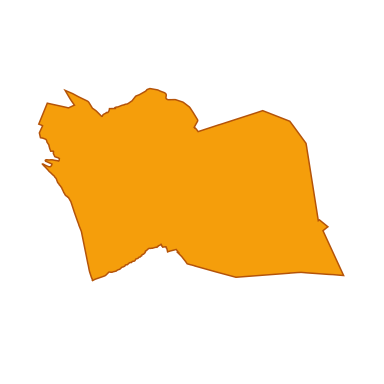 the district of Laarbeek, Noord-Brabant, Netherlands, rotated 186°
{"feature_id": "6326949B42737315583657", "entity_name": "Laarbeek", "entity_type": "district", "adm_level": 2, "iso_a3": "NLD", "parent_name": "Netherlands", "parent_adm1": "Noord-Brabant", "projection": "robinson", "projection_center": [5.634, 51.532], "detail": "fine", "context": "isolated", "style": "filled", "palette": "amber", "viewbox_px": 384, "rotation_deg": 186, "n_neighbors": 0, "source": "geoboundaries", "source_scale": "gbopen_adm2", "svg_char_len": 5825}
<svg xmlns="http://www.w3.org/2000/svg" viewBox="0 0 384 384"><g transform="rotate(186 192 192)"><path d="M345.2,265.2L351.5,243.5L349.2,242.9L347.8,242.4L347.5,242.2L349.2,237.2L350.0,234.8L349.5,233.4L349.3,232.8L348.5,230.5L348.4,230.2L348.1,230.1L346.2,230.0L344.2,229.5L343.3,229.2L343.0,229.1L342.6,228.9L342.3,228.6L342.0,227.9L341.8,227.6L341.4,226.4L340.8,225.7L339.5,224.1L339.3,223.8L339.1,223.4L339.0,222.7L338.7,222.2L338.1,220.4L337.3,218.9L336.8,217.8L334.5,218.1L334.3,218.1L334.2,218.0L334.1,217.9L333.9,217.6L334.0,216.9L333.9,215.7L332.9,214.1L332.2,212.9L331.9,212.7L328.3,211.9L327.9,211.6L327.6,211.3L327.4,211.3L327.4,209.8L327.5,209.7L327.6,209.1L327.9,208.8L328.2,208.9L328.8,209.0L329.2,209.1L330.6,209.1L330.9,209.2L331.4,209.1L333.8,209.4L335.7,209.3L336.2,209.2L336.6,209.1L337.1,209.0L337.9,208.9L340.1,208.9L340.7,208.7L341.2,208.2L341.2,207.9L340.8,207.3L334.2,205.2L334.3,204.7L334.4,203.7L334.6,203.4L335.4,202.5L335.6,202.3L336.5,202.2L337.2,202.2L337.6,202.3L339.2,202.8L340.7,203.3L342.8,204.2L343.4,204.3L343.7,204.1L343.3,203.7L343.1,203.5L343.0,203.4L342.6,203.2L342.4,203.0L342.2,202.7L341.5,202.2L339.1,200.2L338.2,199.4L337.3,198.6L336.2,197.5L335.3,196.9L334.4,196.2L333.8,195.8L333.7,195.8L333.4,195.4L333.1,195.2L332.3,194.6L332.0,194.3L331.4,194.0L330.8,193.5L330.5,193.2L329.9,192.4L329.7,192.2L329.2,191.8L328.8,191.5L328.4,191.0L328.1,190.4L327.6,189.4L326.6,187.4L326.5,187.2L325.9,186.8L325.4,186.3L325.2,186.1L324.8,185.3L324.6,185.2L323.7,184.5L323.5,184.3L323.4,184.1L323.3,183.8L323.1,183.6L322.5,183.1L322.2,182.9L321.7,181.8L321.4,181.3L321.0,180.8L320.8,180.4L320.3,179.6L319.7,178.5L319.5,178.1L319.3,178.0L319.1,177.6L318.6,177.1L318.4,176.8L318.2,176.5L318.1,176.1L317.1,175.2L316.8,175.0L316.4,174.8L315.6,174.5L315.5,174.2L315.3,174.0L314.7,173.8L314.4,173.7L314.1,173.3L313.1,172.0L312.3,170.8L312.0,170.4L311.7,170.2L309.9,166.3L307.8,161.6L307.1,160.0L303.4,152.2L302.6,150.5L301.6,148.6L301.0,147.1L298.2,141.8L297.8,140.9L293.6,127.5L290.9,118.9L288.2,110.2L287.5,108.2L286.8,105.9L286.4,104.5L285.5,101.9L284.7,100.1L282.8,95.9L282.4,95.6L282.0,94.5L282.0,94.4L282.0,93.9L281.6,93.5L279.7,94.8L278.8,95.3L270.9,99.0L269.8,99.6L269.4,99.9L268.7,100.6L266.2,103.7L265.4,103.8L264.5,103.7L263.5,103.8L263.1,103.9L262.5,104.1L262.3,104.2L261.7,104.6L260.8,104.8L260.4,105.0L259.8,105.2L259.5,105.3L259.0,105.5L258.8,105.8L258.2,106.4L257.6,106.8L255.8,107.6L254.9,108.6L254.0,109.7L253.8,109.9L252.6,110.3L252.1,110.7L251.4,111.0L251.1,111.3L250.9,111.6L250.7,112.2L250.6,112.4L250.4,112.5L250.1,112.7L248.8,112.9L248.6,113.0L247.8,114.0L247.2,114.6L246.8,115.1L245.6,115.5L244.9,115.5L244.6,115.8L244.4,116.4L244.3,116.5L243.6,116.9L242.5,117.1L242.1,117.3L241.7,117.6L241.5,117.9L241.1,118.8L240.8,119.5L240.1,119.8L239.3,120.1L239.0,120.2L238.3,121.0L238.2,121.2L238.0,121.5L237.9,121.6L237.0,121.9L236.7,122.0L236.2,122.8L236.0,123.0L235.6,123.1L235.4,123.2L235.3,123.4L235.3,123.5L235.2,124.2L235.1,124.4L235.0,124.5L234.9,124.6L233.9,125.0L233.7,125.1L233.3,125.6L233.1,125.8L232.8,126.3L232.5,126.5L232.4,126.6L232.3,127.0L232.2,127.2L232.2,127.3L232.0,127.7L232.0,127.9L232.2,128.1L232.2,128.3L231.6,128.8L231.0,129.1L230.4,130.0L229.1,131.3L228.7,131.5L227.8,131.5L226.8,131.7L226.3,131.9L225.8,131.9L225.6,131.9L224.6,132.3L223.9,132.6L222.7,133.1L221.8,133.3L221.1,133.3L220.9,133.5L220.9,133.8L220.5,134.0L220.1,134.3L219.9,134.6L219.9,135.0L219.7,135.1L218.3,135.7L218.2,135.9L217.8,136.3L217.7,136.4L217.5,136.7L217.4,136.8L217.2,136.8L216.2,134.9L215.9,134.9L215.5,134.3L215.4,134.1L212.9,134.7L212.2,134.8L211.9,134.0L211.7,134.1L211.0,132.8L210.7,132.0L210.0,129.9L207.9,130.9L203.0,132.7L201.7,133.2L200.3,131.7L199.0,130.4L199.9,130.3L195.2,126.5L195.0,126.2L191.3,122.4L189.3,120.1L185.8,119.5L184.8,119.4L181.3,118.8L181.3,118.7L158.9,114.9L139.4,111.8L86.8,121.4L86.8,121.5L85.0,121.8L78.9,122.9L75.0,123.5L69.1,123.6L57.4,124.0L47.9,124.3L42.7,124.6L36.3,124.7L32.5,124.8L41.9,140.6L53.2,159.6L57.7,167.2L54.5,170.4L53.2,171.6L62.4,177.6L63.4,176.7L80.0,238.7L82.2,246.8L82.5,248.1L83.7,252.3L98.0,268.1L102.2,272.6L130.2,280.3L136.8,277.3L171.5,261.9L171.9,261.8L190.2,253.6L192.2,252.7L193.5,254.1L194.1,254.8L194.4,255.0L194.9,255.5L195.5,256.0L195.9,255.9L195.9,256.0L196.6,256.5L193.9,262.9L193.8,263.4L193.8,263.8L193.9,264.0L194.1,264.6L194.3,264.8L198.8,270.7L202.6,275.4L203.0,275.8L203.5,276.3L209.4,279.9L209.8,280.1L210.3,280.4L210.7,280.5L211.1,280.6L217.5,282.0L218.0,282.1L218.7,282.1L225.1,281.3L225.5,281.3L226.2,281.5L226.7,281.7L227.1,281.9L227.4,282.2L227.6,282.6L227.8,283.1L227.8,283.6L227.7,285.1L227.7,285.5L227.8,286.0L228.0,286.5L228.2,286.8L228.6,287.2L228.9,287.4L229.2,287.6L230.1,288.0L232.9,288.7L234.0,289.0L235.2,289.4L236.6,289.9L236.8,289.9L237.4,290.0L244.7,290.5L244.9,290.4L247.2,289.3L247.5,289.1L248.1,288.1L248.7,287.5L249.0,287.2L249.7,286.7L253.9,283.7L254.3,283.4L256.4,282.3L257.2,281.9L257.7,281.6L257.9,281.5L258.1,281.3L260.6,277.3L261.1,276.4L261.3,276.3L264.2,273.8L265.4,272.9L265.6,272.8L266.2,272.6L267.4,272.3L267.6,272.3L268.6,271.6L268.8,271.5L269.1,271.5L270.9,270.8L273.9,269.2L275.0,268.7L275.5,268.7L276.2,268.5L276.9,268.2L277.3,268.0L277.5,267.8L277.0,267.3L276.9,267.1L277.2,267.0L282.8,266.3L282.9,264.5L283.1,263.9L283.3,263.6L283.4,263.3L284.0,262.2L284.3,262.1L285.1,262.2L285.4,262.1L285.6,262.0L285.7,261.8L285.7,261.6L285.9,261.4L286.3,261.1L287.4,260.5L288.3,259.8L288.6,259.5L288.6,259.3L289.1,258.3L289.2,257.9L289.5,257.9L289.8,257.8L295.6,262.5L296.5,263.1L299.0,264.5L299.8,264.9L300.3,265.6L304.0,270.4L304.8,271.1L305.8,271.6L315.0,274.9L320.8,277.3L321.4,277.5L328.8,279.8L327.4,277.9L325.7,275.6L324.6,274.1L323.1,272.1L321.5,270.1L318.0,266.1L323.7,262.7L324.2,262.8L326.4,263.1L345.2,265.2Z" fill="#f59e0b" stroke="#b45309" stroke-width="1.5"/></g></svg>